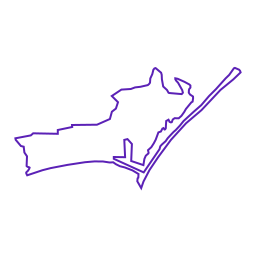 Carteret, North Carolina, United States of America (Natural Earth projection)
{"feature_id": "52423323B7621511423784", "entity_name": "Carteret", "entity_type": "district", "adm_level": 2, "iso_a3": "USA", "parent_name": "United States of America", "parent_adm1": "North Carolina", "projection": "natural_earth1", "projection_center": [-76.554, 34.833], "detail": "fine", "context": "isolated", "style": "outline", "palette": "violet", "viewbox_px": 256, "rotation_deg": 0, "n_neighbors": 0, "source": "geoboundaries", "source_scale": "gbopen_adm2", "svg_char_len": 1916}
<svg xmlns="http://www.w3.org/2000/svg" viewBox="0 0 256 256"><path d="M15.7,139.8L20.9,146.0L23.7,146.7L24.4,152.5L27.0,156.3L26.6,166.0L27.2,166.6L27.8,166.9L29.4,167.4L29.6,167.6L29.3,168.5L29.2,168.8L28.0,170.7L26.5,172.1L26.3,172.5L26.2,172.7L26.3,173.5L27.2,175.3L42.5,170.2L50.7,168.1L67.4,164.9L85.1,162.2L94.5,161.4L103.1,161.5L109.7,162.5L113.2,162.3L115.9,164.2L119.9,166.2L124.7,167.4L132.5,170.4L138.5,174.0L138.3,177.7L137.6,178.3L137.3,181.3L141.2,188.1L143.5,181.5L149.5,170.0L158.2,157.1L170.9,139.9L186.1,123.2L201.5,110.1L220.5,89.9L233.3,79.4L240.6,72.4L240.1,70.9L239.1,69.7L234.9,67.9L233.9,68.3L229.2,74.9L225.6,78.4L216.0,89.1L209.0,96.1L201.3,105.1L193.3,112.1L183.6,121.0L179.9,125.6L175.7,130.1L173.6,131.9L171.5,134.1L167.7,138.2L165.6,141.2L161.8,144.6L160.3,146.3L159.5,149.2L143.7,172.4L113.8,158.8L113.8,157.0L125.1,157.2L124.3,139.9L127.5,139.1L131.9,144.0L131.2,161.0L143.4,165.1L144.4,158.9L145.8,155.7L148.4,153.4L148.6,152.8L148.0,150.2L151.3,147.2L153.8,143.3L155.7,139.7L158.4,132.4L160.9,131.5L162.4,128.6L163.5,128.1L164.5,129.5L165.2,129.3L165.8,128.2L165.9,125.9L166.2,121.0L168.5,119.7L169.6,121.9L170.9,122.4L171.8,122.1L172.3,120.7L172.8,119.5L174.6,118.2L178.7,118.3L181.4,115.9L184.2,112.0L185.9,109.0L191.3,102.4L192.6,101.6L193.1,98.2L193.0,96.5L190.0,94.5L188.8,92.7L188.9,90.2L189.3,88.9L189.9,88.3L190.4,87.6L190.4,85.5L189.4,84.5L184.4,81.8L177.7,78.8L175.3,78.3L175.3,79.2L176.0,80.5L178.1,82.8L182.2,90.1L182.9,92.7L181.7,94.1L169.1,93.0L168.5,92.7L167.0,90.0L163.2,86.5L161.9,79.3L161.7,74.8L161.1,72.7L155.6,68.1L154.5,68.4L153.4,69.7L152.3,74.1L150.3,78.5L150.0,82.7L149.1,84.0L147.8,85.1L140.4,86.8L135.1,87.4L130.8,89.0L121.4,89.6L111.8,96.0L118.0,102.2L115.9,108.6L111.9,111.7L109.9,119.0L97.0,124.7L72.0,125.0L72.2,127.0L57.8,130.0L57.8,133.8L37.2,133.4L33.2,133.3L30.8,135.4L15.4,138.3L15.7,139.8Z" fill="none" stroke="#5b21b6" stroke-width="2"/></svg>